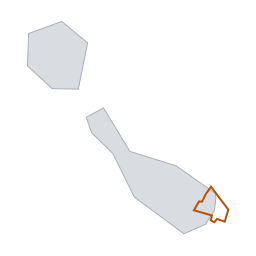 location of Saint Anne Sandy Point within Saint Kitts and Nevis, rotated 184°
{"feature_id": "KNA-5100", "entity_name": "Saint Anne Sandy Point", "entity_type": "Parish", "adm_level": 1, "iso_a3": "KNA", "parent_name": "Saint Kitts and Nevis", "parent_adm1": "", "projection": "albers", "projection_center": [-62.834, 17.356], "detail": "fine", "context": "in_parent", "style": "outline", "palette": "amber", "viewbox_px": 256, "rotation_deg": 184, "n_neighbors": 0, "source": "natural_earth", "source_scale": "10m", "svg_char_len": 576}
<svg xmlns="http://www.w3.org/2000/svg" viewBox="0 0 256 256"><g transform="rotate(184 128 128)"><path d="M170.4,135.8L153.8,146.3L124.5,104.8L77.2,93.5L36.4,69.0L35.4,63.8L36.1,51.5L44.1,37.3L64.9,26.4L116.9,59.6L141.3,101.5L164.0,120.8L170.4,135.8ZM233.8,215.3L201.5,229.6L174.2,210.1L180.3,163.3L206.4,162.0L232.5,182.8L233.8,215.3Z" fill="#d9dde1" stroke="#a8b0b8" stroke-width="1"/><path d="M41.1,75.2L22.2,53.5L25.0,41.3L32.8,43.5L35.3,40.0L39.0,41.8L38.2,46.6L56.5,50.5L52.0,59.7L49.0,59.7L45.7,67.6L41.1,75.2Z" fill="none" stroke="#b45309" stroke-width="2"/></g></svg>